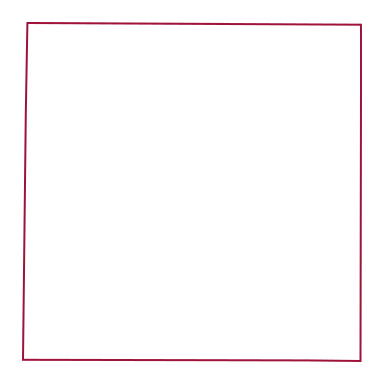 Taylor, Texas, United States of America (Albers equal-area conic projection)
{"feature_id": "52423323B57845343787287", "entity_name": "Taylor", "entity_type": "district", "adm_level": 2, "iso_a3": "USA", "parent_name": "United States of America", "parent_adm1": "Texas", "projection": "albers", "projection_center": [-99.87, 32.302], "detail": "fine", "context": "isolated", "style": "outline", "palette": "rose", "viewbox_px": 384, "rotation_deg": 0, "n_neighbors": 0, "source": "geoboundaries", "source_scale": "gbopen_adm2", "svg_char_len": 226}
<svg xmlns="http://www.w3.org/2000/svg" viewBox="0 0 384 384"><path d="M27.4,23.0L25.8,113.2L23.0,359.8L307.0,360.4L360.5,361.0L361.0,88.9L361.0,29.3L360.9,24.7L27.4,23.0Z" fill="none" stroke="#9f1239" stroke-width="2"/></svg>